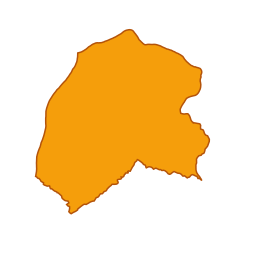 the district of Xienghone, Xaignabouri, Laos, rotated 13°
{"feature_id": "54806243B61496088664088", "entity_name": "Xienghone", "entity_type": "district", "adm_level": 2, "iso_a3": "LAO", "parent_name": "Laos", "parent_adm1": "Xaignabouri", "projection": "mercator", "projection_center": [100.862, 19.697], "detail": "fine", "context": "isolated", "style": "filled", "palette": "amber", "viewbox_px": 256, "rotation_deg": 13, "n_neighbors": 0, "source": "geoboundaries", "source_scale": "gbopen_adm2", "svg_char_len": 5739}
<svg xmlns="http://www.w3.org/2000/svg" viewBox="0 0 256 256"><g transform="rotate(13 128 128)"><path d="M48.9,196.0L49.9,196.1L51.1,197.1L52.1,197.3L52.7,197.2L54.1,198.2L55.3,199.6L57.4,200.2L58.0,200.3L58.2,201.9L59.3,202.4L61.0,202.6L62.3,202.8L64.6,202.1L65.8,204.2L66.3,204.6L66.7,204.6L67.2,204.3L69.6,205.5L70.9,206.0L73.0,206.3L73.5,207.0L74.5,206.9L78.5,209.1L79.2,210.6L79.7,211.3L81.3,212.2L83.1,212.9L85.4,212.8L85.9,212.7L87.0,213.9L87.2,214.3L86.0,215.7L85.4,216.3L86.8,217.4L88.7,217.7L89.2,219.3L89.3,221.4L89.2,222.9L90.9,224.0L91.9,224.3L93.8,222.5L95.8,220.9L96.7,219.9L97.3,219.2L97.3,218.2L100.1,214.6L102.0,212.5L102.9,212.0L104.4,211.9L106.1,210.4L107.9,208.6L109.9,207.3L111.5,206.7L112.7,203.0L114.2,202.2L115.0,200.9L115.3,199.9L115.7,198.8L116.2,198.2L117.0,198.1L117.9,197.7L118.8,195.8L119.1,195.3L120.3,194.5L121.0,193.9L121.4,192.2L122.5,190.3L123.4,189.0L124.5,187.7L124.9,186.7L125.2,186.4L126.2,186.2L127.5,185.9L129.3,185.3L130.3,184.5L130.7,183.6L130.4,182.7L129.7,182.1L129.4,181.4L129.4,180.7L130.3,180.2L132.4,179.4L133.0,178.6L132.4,177.3L133.1,177.3L133.8,177.1L134.7,176.2L135.0,174.2L135.4,173.7L135.7,173.3L135.7,172.5L137.3,172.0L138.1,171.8L138.2,171.4L137.5,170.6L137.7,170.2L138.1,169.8L139.9,169.6L141.0,165.4L142.1,162.7L142.3,160.3L142.8,159.4L143.8,158.2L144.2,156.7L145.5,156.9L148.8,158.3L150.5,159.2L151.2,160.0L153.1,160.3L153.7,161.0L154.3,162.2L154.8,162.7L156.1,161.7L157.1,161.0L159.3,160.9L160.6,161.3L162.1,162.4L163.9,161.0L164.6,160.9L168.0,161.6L169.1,161.2L170.6,161.8L172.2,161.2L173.6,161.3L175.6,162.2L177.3,163.5L178.7,163.8L179.9,163.2L181.2,161.5L182.4,160.2L183.0,160.1L186.4,160.8L188.7,160.6L189.4,160.8L190.6,161.3L192.0,162.4L192.4,162.5L193.3,162.2L193.6,161.9L194.2,162.0L196.6,163.2L197.0,163.3L197.7,162.6L198.9,162.0L200.2,159.6L200.9,159.1L201.6,158.9L203.0,159.1L204.4,159.5L205.6,159.6L206.1,159.6L207.4,161.3L207.7,161.5L207.9,161.4L208.6,161.0L209.1,161.2L210.0,161.6L211.7,162.6L211.3,162.0L211.0,161.7L210.6,161.2L210.2,160.8L209.7,160.4L209.2,159.8L208.5,159.1L207.5,158.4L206.5,157.6L205.4,156.4L204.9,156.0L204.6,155.3L203.7,153.7L203.5,152.8L203.1,151.4L202.8,150.0L202.5,148.9L202.5,147.7L202.7,146.7L201.7,142.8L202.3,140.9L203.3,139.1L205.4,138.1L206.0,136.7L207.5,135.6L207.8,135.0L208.0,132.8L207.8,131.4L208.8,129.5L209.6,127.8L210.2,122.8L209.8,120.7L207.3,117.7L205.2,117.4L203.8,116.2L202.5,114.0L201.5,112.9L199.0,112.7L198.5,111.1L198.2,109.1L197.2,107.9L196.2,107.8L195.0,107.9L192.6,108.0L191.2,108.1L190.5,108.4L190.2,107.9L189.4,107.7L188.2,106.8L187.3,105.7L186.7,104.6L186.1,103.6L185.2,102.3L184.1,101.3L183.2,100.7L182.3,100.8L180.8,101.3L179.5,101.8L177.3,101.9L176.5,101.8L176.1,101.8L175.2,99.9L174.7,98.4L174.7,97.4L175.1,95.6L175.6,93.6L175.9,93.0L176.4,91.4L176.9,90.4L177.4,88.7L178.0,86.9L178.4,86.0L179.5,84.9L180.7,84.0L181.8,83.3L183.3,82.5L185.3,81.5L186.0,81.2L186.9,80.5L187.7,79.6L188.1,78.8L188.5,78.2L189.0,76.6L189.4,74.7L189.6,73.7L189.6,72.0L189.4,70.6L189.1,69.0L188.6,67.9L188.3,67.0L187.8,66.2L187.5,64.6L187.5,63.4L187.6,62.6L187.7,61.8L187.4,61.5L187.3,61.2L187.2,60.5L187.1,59.6L187.3,59.0L187.4,57.8L187.3,56.9L187.0,56.1L186.5,55.2L186.0,54.8L185.7,54.4L185.3,54.1L184.8,53.8L184.3,53.7L183.4,53.6L182.6,53.5L182.0,53.5L181.1,53.5L180.1,53.3L179.9,53.3L179.6,53.3L179.4,53.4L178.9,53.5L178.2,53.4L177.4,53.2L176.7,53.0L175.3,52.8L174.5,52.4L173.4,51.9L171.3,50.7L170.5,50.3L169.3,49.5L169.0,49.2L168.4,48.8L167.7,48.3L167.0,47.6L166.0,46.6L165.2,45.9L164.1,45.5L163.2,45.1L162.3,44.8L160.8,44.4L160.3,44.2L159.2,44.0L158.5,44.0L157.8,43.8L157.2,43.6L156.6,43.4L156.0,43.2L155.5,43.2L154.7,43.1L154.2,42.9L153.8,42.8L153.3,42.7L153.1,42.6L152.9,42.6L152.6,42.5L151.5,42.5L150.8,42.4L149.0,42.2L148.4,42.3L147.7,42.2L147.2,42.1L146.1,41.8L145.5,41.7L144.9,41.6L144.2,41.5L143.5,41.3L142.7,41.2L141.9,40.9L141.0,40.7L140.1,40.6L139.4,40.6L138.9,40.5L138.4,40.5L137.6,40.4L137.2,40.4L136.8,40.4L136.2,40.4L135.5,40.5L134.8,40.6L134.2,40.7L133.9,40.9L133.4,41.0L132.3,41.3L131.1,41.5L130.0,41.7L128.6,42.0L127.7,42.4L127.2,42.6L126.5,42.9L126.0,43.0L125.5,43.0L124.8,42.8L124.5,42.7L123.6,42.3L123.1,42.0L122.5,41.6L121.7,41.2L120.4,40.3L119.4,39.8L119.0,39.5L118.7,39.2L118.2,38.6L117.7,38.0L116.9,37.1L116.2,36.4L115.5,35.9L114.3,34.8L113.2,34.0L112.3,33.2L111.7,32.7L111.0,32.2L110.3,31.9L109.0,31.7L107.9,31.8L107.2,31.9L106.4,32.2L105.3,32.7L104.2,33.2L103.6,33.7L103.2,34.0L102.8,34.3L102.1,35.0L101.6,35.6L101.1,36.3L100.1,37.6L98.8,38.8L98.1,39.4L97.6,39.9L96.2,41.2L95.6,41.8L95.2,42.3L94.8,42.4L94.5,42.7L94.1,43.0L93.9,43.1L93.3,43.7L92.5,44.3L91.6,44.9L90.8,45.5L90.1,46.0L89.5,46.5L88.4,47.3L87.8,47.7L87.0,48.2L86.2,48.6L85.7,49.1L84.9,49.7L84.3,50.0L83.4,50.6L82.4,51.0L81.4,51.3L80.2,51.7L79.2,51.8L78.3,52.1L77.7,52.3L77.2,52.6L76.1,53.4L74.8,54.3L74.1,55.0L73.6,55.6L72.6,56.7L71.5,57.7L70.8,58.7L70.3,59.4L70.2,59.6L69.6,60.3L69.3,60.8L68.2,61.8L67.8,62.3L67.3,62.8L66.2,63.7L65.9,64.1L65.4,64.4L65.1,64.6L64.1,65.2L63.6,65.4L62.9,65.8L62.2,66.1L62.2,66.6L62.4,67.4L62.6,68.5L62.9,70.1L63.0,71.8L63.2,73.3L63.2,75.2L62.9,76.8L62.6,79.1L62.0,81.1L60.9,83.2L60.6,84.8L60.2,86.7L59.5,88.2L58.5,91.1L57.7,92.8L56.6,95.6L55.3,97.6L54.0,99.9L52.7,102.4L51.7,104.6L50.2,106.7L49.3,108.9L48.3,110.9L47.4,113.0L46.7,115.1L45.8,117.6L45.3,119.2L44.9,121.4L44.6,124.0L44.3,127.0L44.3,130.1L44.8,132.5L45.4,135.1L45.6,136.9L46.2,139.6L46.8,142.0L47.6,144.5L47.8,146.6L47.8,151.7L47.7,154.5L47.5,156.5L47.3,158.6L47.0,160.4L46.7,161.8L46.7,164.0L46.6,166.2L46.3,167.6L45.9,170.2L45.7,172.4L45.6,174.5L45.6,176.7L46.1,179.4L46.4,180.9L46.7,182.7L47.2,184.5L47.6,186.2L48.2,188.4L48.6,190.9L48.7,192.7L48.8,194.1L48.9,195.3L48.9,196.0Z" fill="#f59e0b" stroke="#b45309" stroke-width="1.5"/></g></svg>